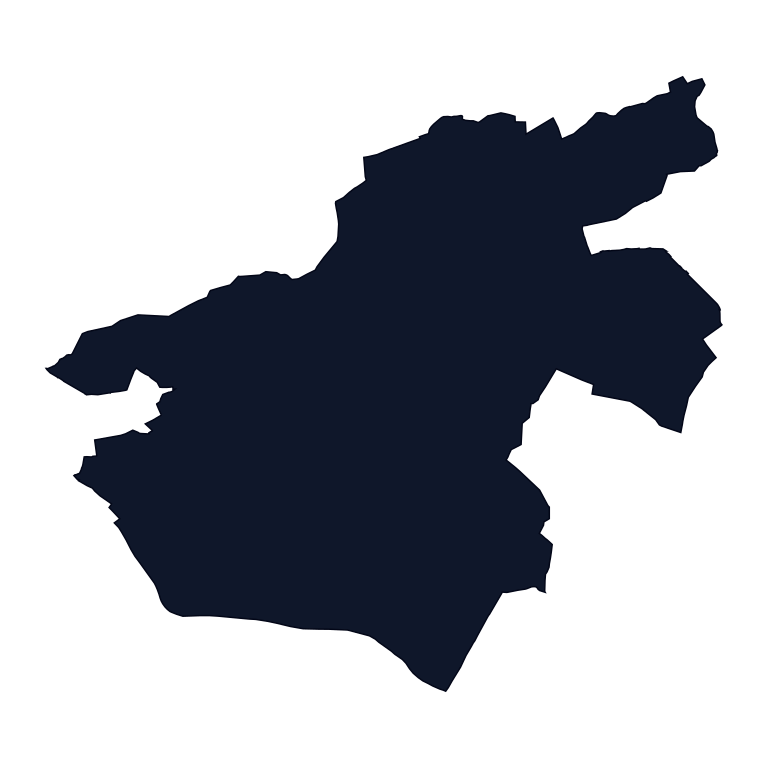 the district of Kūku pag., Krustpils, Latvia
{"feature_id": "27541924B42844241256431", "entity_name": "Kūku pag.", "entity_type": "district", "adm_level": 2, "iso_a3": "LVA", "parent_name": "Latvia", "parent_adm1": "Krustpils", "projection": "orthographic", "projection_center": [26.01, 56.519], "detail": "fine", "context": "isolated", "style": "filled", "palette": "ink", "viewbox_px": 768, "rotation_deg": 0, "n_neighbors": 0, "source": "geoboundaries", "source_scale": "gbopen_adm2", "svg_char_len": 6039}
<svg xmlns="http://www.w3.org/2000/svg" viewBox="0 0 768 768"><path d="M82.3,333.8L72.5,353.3L71.9,354.1L71.3,354.6L70.3,354.9L68.7,354.7L66.8,355.1L64.9,356.9L62.5,358.5L61.2,358.7L60.5,359.4L59.9,359.4L58.3,362.4L54.1,366.2L53.8,366.3L53.3,366.0L52.5,366.6L48.5,368.3L48.4,368.6L47.5,368.8L47.0,368.4L46.1,368.4L47.0,369.7L50.2,372.9L56.2,376.4L56.3,376.3L58.0,377.8L58.5,377.5L63.9,381.1L63.8,381.3L84.3,393.2L85.2,394.1L85.8,394.2L86.4,394.8L91.4,394.3L97.9,394.7L109.1,392.9L110.4,393.0L110.6,392.4L119.2,391.4L125.5,390.3L126.8,389.9L130.8,379.2L133.8,371.8L133.9,371.2L134.5,370.4L136.5,368.0L140.8,371.4L145.2,374.0L149.3,375.9L149.8,376.7L151.2,378.0L157.2,382.3L159.8,387.2L162.5,387.4L166.6,387.4L170.7,387.1L172.6,386.7L173.1,388.8L173.0,389.3L175.0,389.1L172.2,391.4L169.2,392.5L169.0,392.2L162.8,394.5L160.8,398.6L160.1,401.0L159.7,401.9L156.7,403.9L156.7,404.3L158.1,407.7L160.7,413.5L161.1,414.0L161.1,415.3L152.6,420.3L145.3,423.9L151.9,430.0L152.3,430.8L150.1,432.0L148.8,432.9L148.9,433.4L149.1,433.7L147.6,433.9L140.6,433.5L139.4,433.3L137.9,432.3L132.8,430.2L125.6,433.8L120.7,435.4L94.7,440.0L96.8,455.8L95.9,456.1L92.8,456.3L91.6,457.0L86.8,456.7L84.2,456.9L82.9,464.5L82.4,466.4L81.6,468.1L81.3,469.5L79.8,472.8L79.2,473.6L78.3,473.7L77.9,474.1L77.7,474.0L77.2,474.1L76.4,474.8L75.1,474.7L73.9,475.6L77.2,479.3L78.4,480.0L78.8,479.5L79.3,479.8L78.5,480.7L87.2,485.7L92.4,488.1L94.7,491.0L100.0,495.8L111.5,503.8L111.1,504.8L109.1,507.5L113.1,511.6L119.8,518.8L114.3,522.9L118.7,527.5L121.6,532.1L126.2,540.1L131.1,549.7L135.0,556.3L140.2,563.3L154.3,583.0L155.8,585.9L157.3,589.4L159.0,594.1L160.1,597.9L161.2,600.9L162.7,603.7L165.0,606.9L167.4,609.4L170.0,611.5L171.5,612.2L176.5,614.2L182.8,616.2L199.6,615.6L209.8,615.6L217.9,616.1L249.0,619.0L255.8,619.4L267.8,621.3L276.3,623.1L290.5,626.5L303.1,628.7L318.7,629.1L329.0,629.2L347.4,630.0L369.4,635.8L375.4,639.2L378.8,642.2L391.3,651.1L394.9,654.3L402.3,659.4L406.0,663.3L409.6,668.8L413.3,673.3L418.4,677.7L422.9,680.9L428.0,683.4L432.8,686.0L439.9,689.1L443.1,690.1L445.7,691.2L448.3,687.6L452.2,680.7L460.5,667.2L466.0,655.5L471.2,646.7L473.2,643.0L474.8,640.8L477.4,635.7L487.6,617.0L489.2,614.3L489.4,614.4L501.7,593.3L502.2,592.1L506.6,592.4L507.5,592.3L518.0,590.2L525.2,589.1L526.7,588.7L531.6,586.8L534.2,586.6L536.1,586.9L536.6,587.3L537.2,587.9L538.1,589.3L539.6,590.5L545.2,592.3L544.7,591.3L545.0,580.4L545.5,574.2L547.1,571.8L549.0,567.3L549.4,563.5L550.4,558.1L551.3,552.0L552.2,544.5L547.2,539.9L545.2,538.4L541.9,535.4L539.3,533.4L543.5,525.3L543.9,521.9L549.3,518.7L549.3,507.1L547.9,505.6L539.6,490.1L519.8,471.4L515.6,467.7L506.1,460.0L507.8,457.2L509.0,454.2L511.2,449.6L521.1,444.5L522.2,423.3L529.2,417.5L530.2,409.1L530.9,404.8L530.8,403.6L532.9,403.5L538.1,399.8L539.5,395.7L545.3,387.0L556.3,368.8L581.7,379.9L593.6,384.5L592.1,394.0L629.9,401.2L631.3,401.9L643.4,409.6L643.3,409.8L655.7,419.7L659.4,424.9L661.7,426.1L680.8,432.5L682.4,424.1L682.8,421.3L684.0,415.3L686.5,405.8L688.3,397.3L695.6,386.1L702.2,376.9L703.4,372.2L708.1,365.3L711.9,361.5L716.1,357.7L706.4,345.0L702.5,339.0L720.9,325.8L720.7,325.7L721.9,324.8L721.0,323.7L720.3,322.5L720.0,321.0L719.9,313.6L719.7,310.9L719.1,309.3L719.6,309.1L720.4,310.6L719.8,308.6L719.3,307.5L718.6,306.2L717.4,304.5L717.5,304.4L716.1,302.9L687.4,274.3L688.3,273.5L686.0,271.1L685.6,271.4L684.9,271.2L681.1,267.9L681.4,267.6L679.8,266.0L679.5,266.3L670.4,257.1L670.9,256.6L668.9,254.4L665.6,251.8L666.1,251.0L666.3,251.0L663.0,248.9L651.9,248.6L650.0,247.9L645.5,249.0L643.1,249.1L639.3,249.1L639.1,248.3L637.1,248.7L631.2,249.0L626.6,248.6L624.0,249.4L619.7,250.2L611.6,250.6L609.1,251.1L609.1,250.6L603.0,251.2L602.9,250.9L600.5,251.8L601.0,252.5L591.2,255.5L589.9,252.7L587.8,247.2L587.2,246.0L584.5,237.2L584.0,236.5L582.1,228.9L582.7,225.9L587.0,225.3L589.0,224.7L616.4,219.0L625.5,213.3L632.3,207.7L633.3,207.1L645.4,200.8L646.4,201.3L653.1,197.9L660.9,193.0L667.1,175.4L666.5,174.3L680.4,171.6L694.5,171.0L698.2,166.8L698.6,166.1L699.2,165.8L701.2,165.7L709.3,161.2L711.2,159.2L714.0,157.6L714.8,156.8L716.6,155.6L716.8,155.2L716.3,153.7L717.1,152.5L717.5,150.5L717.0,149.6L716.9,148.6L715.0,142.2L713.8,134.1L713.0,132.0L711.2,129.0L708.3,126.6L706.9,126.1L697.3,118.0L696.9,117.4L696.0,114.9L694.6,106.8L695.1,100.8L697.1,96.3L699.1,95.2L700.9,92.4L704.9,84.9L701.9,78.8L692.2,81.4L687.3,83.7L682.7,76.8L673.3,81.0L668.9,83.2L670.5,92.1L667.3,93.7L657.2,95.8L653.6,97.9L646.7,102.8L645.1,103.7L642.4,103.5L629.9,106.9L629.7,106.6L626.6,107.4L624.1,108.3L621.5,110.2L617.7,113.7L616.4,115.3L615.8,115.7L613.7,116.1L610.5,115.8L608.6,115.2L606.5,113.9L605.5,113.4L603.3,113.1L599.3,112.7L597.1,112.9L596.4,113.1L595.8,113.6L592.8,117.2L588.9,120.9L587.0,123.2L585.7,124.4L580.7,127.9L574.1,133.7L572.2,134.6L569.1,135.8L566.0,137.3L561.6,139.1L560.4,135.1L557.9,127.6L553.9,119.5L553.0,118.0L526.0,134.2L525.4,122.1L515.3,121.9L515.1,119.8L515.0,116.4L509.3,114.7L505.0,113.7L500.9,112.9L489.7,115.6L487.9,115.8L479.2,122.2L477.8,122.4L473.3,120.8L470.1,120.8L465.3,120.3L462.2,119.1L462.5,116.6L462.3,116.1L461.8,115.7L460.6,115.6L456.7,116.3L453.7,116.4L451.5,117.0L447.9,116.5L443.6,116.7L442.1,117.3L440.6,118.3L433.7,124.2L431.4,126.6L429.7,129.0L429.1,130.9L429.0,132.0L428.5,133.7L425.2,134.7L419.4,136.8L420.3,138.4L393.3,148.1L392.1,148.7L391.6,148.7L388.8,149.7L377.2,154.6L368.2,156.7L363.8,157.4L365.3,176.7L366.3,180.4L362.1,183.6L356.8,187.1L354.5,188.3L349.4,192.3L343.5,197.6L335.8,201.6L335.5,203.3L336.3,208.3L337.2,212.6L338.4,220.6L338.7,224.1L338.0,236.4L337.1,241.5L324.0,257.3L317.0,266.8L315.3,270.1L306.8,274.3L298.7,278.7L297.0,279.0L292.1,279.5L291.7,279.4L290.0,278.0L287.5,275.5L285.8,274.7L284.6,274.5L280.6,274.9L276.7,272.7L265.8,271.7L259.8,275.1L242.1,276.4L239.8,276.5L238.4,276.3L233.3,281.9L230.2,285.0L220.4,287.6L210.6,290.5L209.8,291.5L207.4,296.9L207.0,297.4L198.3,300.8L188.5,305.7L170.2,315.7L169.2,316.5L137.9,314.9L120.5,320.6L112.0,326.3L87.7,331.6L82.6,333.6L82.3,333.8Z" fill="#0f172a" stroke="#020617" stroke-width="1.5"/></svg>